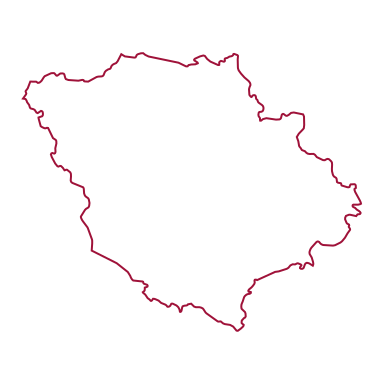 the border of Poltava
{"feature_id": "UKR-330", "entity_name": "Poltava", "entity_type": "Region", "adm_level": 1, "iso_a3": "UKR", "parent_name": "Ukraine", "parent_adm1": "", "projection": "albers", "projection_center": [33.89, 49.646], "detail": "fine", "context": "isolated", "style": "outline", "palette": "rose", "viewbox_px": 384, "rotation_deg": 0, "n_neighbors": 0, "source": "natural_earth", "source_scale": "10m", "svg_char_len": 5876}
<svg xmlns="http://www.w3.org/2000/svg" viewBox="0 0 384 384"><path d="M88.2,81.6L96.6,77.0L98.2,76.6L101.6,76.4L102.6,76.1L103.1,75.7L103.6,75.1L104.8,72.1L105.9,70.8L108.1,69.4L109.8,68.9L110.3,68.6L110.7,68.0L111.4,66.2L112.5,64.9L113.7,64.1L116.1,63.1L117.6,61.3L121.3,54.2L124.9,56.4L134.3,57.6L135.5,57.4L136.1,56.5L136.5,55.4L137.1,54.7L138.2,54.1L140.9,53.3L143.2,53.2L145.3,54.9L148.6,56.5L178.5,62.7L185.9,66.3L186.9,66.4L187.6,66.3L188.6,65.1L191.3,64.5L195.3,64.3L197.8,63.3L197.7,62.8L197.4,62.4L194.3,60.4L194.1,59.8L194.3,59.4L195.0,58.7L200.0,56.4L203.3,55.5L204.8,55.9L207.2,59.0L210.4,61.6L218.0,65.0L218.7,65.0L219.2,64.9L219.3,64.3L219.2,62.7L219.3,62.2L220.2,61.3L221.0,60.9L223.9,61.7L224.4,61.5L224.8,61.1L224.9,60.5L224.7,59.3L224.8,58.8L225.2,58.4L227.3,57.9L229.4,56.6L231.5,56.2L232.4,55.8L233.0,55.2L233.5,54.0L234.1,53.9L237.4,55.1L238.0,55.9L237.7,59.6L237.9,67.3L238.0,68.4L238.7,70.4L241.0,73.6L244.4,77.4L248.7,81.1L249.9,82.7L250.4,84.1L250.4,85.2L249.5,87.3L249.0,89.2L249.3,93.7L249.4,94.8L249.7,95.4L250.9,96.8L251.4,97.0L251.9,96.7L252.5,95.7L253.1,95.3L254.2,95.1L255.3,95.5L255.8,96.4L256.1,98.6L256.4,99.1L257.4,100.0L258.0,101.8L258.6,102.6L262.2,105.2L262.9,106.0L263.3,106.9L263.5,108.0L263.4,109.2L263.1,110.3L262.7,111.0L261.6,111.7L259.4,112.0L259.0,112.3L258.7,112.8L258.4,114.7L258.5,115.5L258.7,116.3L259.9,118.0L260.0,118.6L260.0,119.9L260.2,120.7L261.0,120.7L263.0,119.1L266.4,118.2L276.0,119.6L279.5,119.4L280.4,118.9L281.0,118.0L281.8,114.8L282.2,114.3L283.0,113.9L283.6,114.0L285.7,115.6L286.4,115.8L287.0,115.8L288.7,114.9L291.1,112.9L293.8,112.5L303.1,114.4L304.0,116.5L304.2,125.0L303.8,128.3L303.1,129.2L298.8,133.7L296.8,137.0L298.3,141.2L299.1,145.9L299.6,146.8L300.5,147.8L301.6,149.6L302.0,150.1L304.9,151.2L306.3,152.7L307.6,153.6L309.5,154.0L313.6,153.9L315.0,154.8L316.8,157.1L323.0,160.1L324.8,160.2L326.5,159.2L327.5,158.9L328.7,159.1L329.3,159.5L331.0,161.1L331.9,162.4L332.1,164.6L331.9,168.9L332.0,171.2L332.8,174.4L333.2,175.4L334.0,176.5L336.0,177.8L336.4,178.4L336.6,178.9L337.0,182.0L338.0,182.7L340.8,183.2L341.1,183.6L341.4,185.0L341.7,185.5L347.3,187.2L348.6,187.3L349.5,187.0L350.1,185.2L350.7,184.4L354.3,184.2L355.0,184.4L355.4,184.8L355.7,185.3L355.9,187.9L354.5,189.0L354.5,190.0L355.2,192.0L359.8,200.4L360.7,202.4L361.0,203.7L360.1,204.2L358.0,204.7L353.3,204.7L352.8,205.0L352.6,205.4L352.7,206.4L353.1,206.9L355.1,207.9L356.9,209.7L359.0,211.0L360.1,212.0L360.6,212.9L360.5,213.3L360.1,213.9L359.7,214.1L357.5,214.4L356.2,216.1L349.9,214.7L348.8,214.8L346.0,215.9L345.2,217.6L345.1,219.3L346.5,222.7L346.9,223.4L349.0,224.6L349.2,225.6L348.8,226.3L348.8,227.0L349.9,228.6L350.1,229.3L350.0,229.9L347.5,233.4L345.0,237.7L342.1,241.2L340.5,242.5L335.1,245.2L333.0,245.6L323.1,245.0L321.4,244.3L320.2,243.3L319.3,242.1L318.5,241.6L317.4,241.5L316.5,242.0L311.4,247.7L310.5,249.1L309.9,250.6L309.5,252.0L309.5,252.9L309.7,254.1L311.7,257.5L313.0,261.8L313.3,263.6L313.2,264.7L312.8,265.7L309.7,263.7L308.7,263.2L306.9,262.8L305.6,263.4L304.9,264.4L303.9,267.2L303.4,268.2L302.3,268.8L301.0,268.8L300.0,268.1L300.0,267.6L300.4,266.6L301.4,265.6L301.4,265.1L300.7,264.4L297.9,263.3L297.3,263.3L295.1,264.4L292.6,264.3L290.4,265.4L288.4,267.8L286.8,268.8L278.7,271.4L275.1,271.9L257.1,280.1L256.0,279.6L254.8,279.8L254.5,280.5L254.7,282.7L254.3,283.9L253.0,285.7L251.6,287.3L249.1,289.4L248.5,290.3L248.3,290.8L248.6,291.6L250.8,292.0L250.9,292.4L250.8,293.0L249.7,293.8L248.4,293.9L246.5,294.6L244.8,296.1L244.1,297.2L242.7,301.5L241.8,303.6L241.4,304.9L241.3,306.8L241.5,308.4L241.7,308.9L245.0,312.1L245.5,313.5L245.7,316.4L245.1,317.5L244.0,318.1L241.9,320.4L241.7,320.9L241.6,322.7L241.7,323.2L243.7,324.9L243.5,325.8L242.9,326.7L240.7,328.7L237.8,330.8L236.5,330.6L233.2,326.6L230.1,324.9L224.8,324.1L223.1,323.4L220.7,321.4L218.5,321.6L217.7,321.4L206.4,313.3L205.5,312.4L203.5,309.3L202.7,308.4L201.1,307.6L199.4,307.2L195.9,307.2L194.1,306.6L191.2,303.7L188.0,304.3L187.8,304.7L187.2,305.2L186.3,305.5L184.3,305.7L182.7,306.3L182.2,307.3L181.5,310.7L181.2,311.3L180.6,311.9L180.1,311.9L179.9,311.6L179.5,309.5L178.3,307.2L176.5,305.5L172.8,303.7L171.9,303.6L171.3,303.8L170.2,305.8L169.0,306.6L167.9,306.8L167.3,306.6L166.5,305.5L165.5,304.7L161.1,302.9L158.6,300.6L155.4,299.2L154.0,298.8L153.0,298.8L152.0,300.4L151.2,300.9L150.7,300.8L149.4,299.4L147.7,298.2L145.2,294.5L143.2,292.9L142.8,292.2L144.2,291.1L144.7,290.2L144.8,287.6L146.7,287.0L147.5,286.5L147.6,285.5L147.1,284.8L143.9,283.7L143.4,283.1L143.1,281.8L142.6,281.5L133.2,280.5L132.0,279.4L130.9,277.6L130.2,275.8L127.8,272.0L116.7,263.2L91.7,250.6L92.2,243.4L92.2,240.7L92.0,239.5L87.9,228.3L87.5,227.4L83.0,221.4L82.0,219.9L81.2,218.2L80.9,217.2L80.9,216.5L85.0,209.9L86.1,208.8L88.3,207.5L88.9,206.6L89.2,205.6L89.5,203.0L88.8,199.4L88.2,198.3L85.6,196.4L84.8,195.3L84.1,193.4L83.8,188.9L83.5,187.9L83.1,187.3L72.3,182.9L71.1,181.8L70.7,180.5L71.0,176.5L70.9,173.9L70.3,172.4L67.1,169.8L66.2,169.7L65.3,170.1L64.5,170.3L62.9,167.9L61.1,166.1L60.1,165.9L58.3,166.6L57.4,166.2L55.2,163.5L51.8,157.1L50.9,154.4L51.4,153.4L52.3,153.0L54.2,153.6L55.0,153.2L55.3,152.6L55.5,151.8L55.3,148.2L56.4,143.5L56.3,141.2L56.1,140.5L55.7,139.9L53.0,138.1L48.1,128.0L47.0,127.8L45.5,128.3L44.4,128.2L42.2,127.2L40.7,126.2L38.6,118.5L38.5,117.5L42.2,116.2L42.6,115.6L42.9,114.9L42.9,113.1L42.5,111.7L41.8,111.1L41.0,110.9L37.7,113.1L36.5,112.6L34.6,109.8L33.2,109.1L31.2,108.6L30.5,108.3L29.9,107.5L29.1,104.9L27.1,102.2L26.5,100.5L25.5,99.0L23.0,98.6L26.0,94.4L26.3,93.5L25.6,91.5L25.7,91.0L27.7,88.4L30.3,81.6L36.2,81.7L37.9,82.9L39.4,82.6L40.5,81.8L41.7,80.6L43.7,77.4L44.7,76.2L51.2,73.2L53.8,73.1L54.4,73.3L56.3,75.5L56.8,75.7L57.4,75.6L60.3,73.5L62.4,73.4L63.7,73.7L64.3,74.4L65.3,78.0L65.9,79.1L68.4,80.0L78.4,80.7L82.2,79.9L83.2,80.0L83.7,80.3L84.1,81.2L84.6,81.4L88.2,81.6Z" fill="none" stroke="#9f1239" stroke-width="2"/></svg>